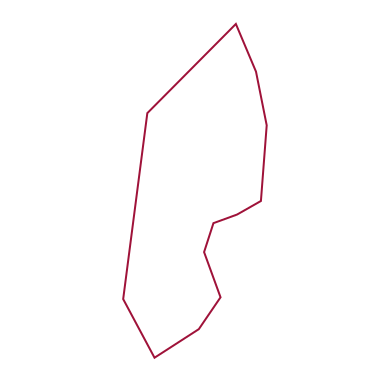 the border of Chiesanuova, rotated 70°
{"feature_id": "SMR-4891", "entity_name": "Chiesanuova", "entity_type": "state/province", "adm_level": 1, "iso_a3": "SMR", "parent_name": "San Marino", "parent_adm1": "", "projection": "orthographic", "projection_center": [12.421, 43.905], "detail": "fine", "context": "isolated", "style": "outline", "palette": "rose", "viewbox_px": 384, "rotation_deg": 70, "n_neighbors": 0, "source": "natural_earth", "source_scale": "10m", "svg_char_len": 329}
<svg xmlns="http://www.w3.org/2000/svg" viewBox="0 0 384 384"><g transform="rotate(70 192 192)"><path d="M334.9,283.9L269.1,293.3L222.6,269.2L102.6,207.0L49.1,93.3L100.8,90.7L154.9,99.0L224.0,130.3L228.6,157.4L228.6,182.5L252.6,201.2L300.7,201.2L323.2,232.5L334.9,283.9Z" fill="none" stroke="#9f1239" stroke-width="2"/></g></svg>